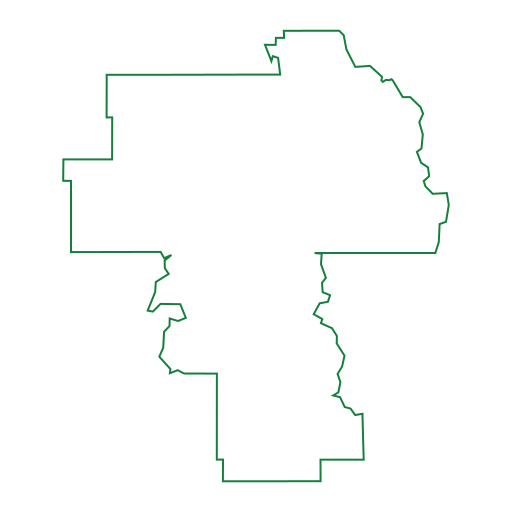 outline of Lake, Montana, United States of America
{"feature_id": "52423323B67078871310068", "entity_name": "Lake", "entity_type": "district", "adm_level": 2, "iso_a3": "USA", "parent_name": "United States of America", "parent_adm1": "Montana", "projection": "equal_earth", "projection_center": [-114.014, 47.595], "detail": "fine", "context": "isolated", "style": "outline", "palette": "green", "viewbox_px": 512, "rotation_deg": 0, "n_neighbors": 0, "source": "geoboundaries", "source_scale": "gbopen_adm2", "svg_char_len": 1405}
<svg xmlns="http://www.w3.org/2000/svg" viewBox="0 0 512 512"><path d="M222.9,481.3L320.6,481.2L320.5,459.7L363.7,459.7L362.5,416.6L362.5,413.8L355.1,415.0L350.6,408.6L344.7,407.0L340.1,397.2L333.2,395.5L338.4,392.3L340.4,382.1L337.6,373.9L342.1,366.5L344.5,355.7L336.7,343.4L336.9,336.0L332.0,328.2L320.9,323.2L322.3,319.1L313.7,314.2L319.7,303.3L327.9,301.8L330.1,295.2L322.7,292.2L322.0,282.8L325.9,277.9L321.0,264.2L321.7,253.7L314.6,253.0L435.3,253.0L438.8,242.1L439.6,224.1L446.0,221.8L448.8,204.9L446.8,193.1L432.7,193.8L425.4,186.3L423.7,181.0L429.2,176.2L428.0,167.4L421.1,162.8L416.9,151.9L421.5,148.4L422.8,134.5L419.3,122.2L423.1,113.7L420.5,107.1L410.2,97.1L402.7,97.1L392.8,80.5L391.4,79.2L389.5,80.2L385.9,79.9L382.8,81.9L381.4,80.4L382.0,76.8L370.0,65.9L355.3,66.9L346.4,49.4L343.7,35.2L339.1,30.7L283.8,30.8L284.1,37.9L275.9,37.9L275.7,44.9L265.0,44.8L271.4,61.1L272.8,56.2L278.1,57.9L280.2,74.6L252.8,74.6L154.1,74.8L106.7,74.8L106.6,117.4L112.2,117.4L112.1,159.4L63.4,159.4L63.2,180.8L71.0,180.9L71.0,252.1L160.6,251.9L164.2,258.2L171.4,255.0L164.7,260.4L164.8,268.1L168.7,273.9L155.8,282.0L155.2,292.0L147.7,310.6L152.8,311.6L160.5,303.9L180.3,304.2L185.8,317.9L178.0,321.0L169.7,318.5L169.5,326.1L164.1,331.7L163.2,347.8L159.3,356.7L170.4,369.0L169.9,373.2L177.7,370.2L184.1,373.5L216.9,373.6L216.8,459.6L223.0,459.6L222.9,481.3Z" fill="none" stroke="#15803d" stroke-width="2"/></svg>